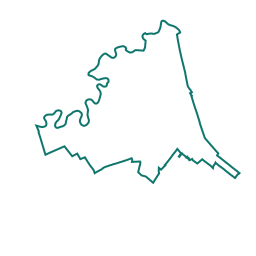 the district of Filipesti, Bacau, Romania, rotated 248°
{"feature_id": "2599482B19318854106378", "entity_name": "Filipesti", "entity_type": "district", "adm_level": 2, "iso_a3": "ROU", "parent_name": "Romania", "parent_adm1": "Bacau", "projection": "orthographic", "projection_center": [26.901, 46.775], "detail": "fine", "context": "isolated", "style": "outline", "palette": "teal", "viewbox_px": 256, "rotation_deg": 248, "n_neighbors": 0, "source": "geoboundaries", "source_scale": "gbopen_adm2", "svg_char_len": 5808}
<svg xmlns="http://www.w3.org/2000/svg" viewBox="0 0 256 256"><g transform="rotate(248 128 128)"><path d="M197.0,212.1L198.2,212.2L199.9,211.9L202.0,210.9L203.9,209.7L205.8,208.0L207.5,205.7L208.8,204.4L210.1,203.6L211.2,203.2L212.2,202.6L213.2,202.2L214.5,200.5L214.5,199.5L214.1,198.8L211.2,197.0L209.4,195.9L207.9,194.6L206.6,193.3L205.7,192.3L205.4,191.1L205.4,189.5L205.4,188.0L205.8,186.7L206.7,185.5L207.6,182.7L207.8,181.3L208.0,180.5L208.5,179.9L209.5,179.5L209.5,179.0L209.3,177.8L208.9,176.9L208.3,176.2L207.4,175.7L206.5,175.5L205.4,175.6L204.2,176.0L202.4,177.1L196.2,173.9L193.9,171.4L195.1,168.9L196.2,166.7L197.1,164.8L197.4,163.7L197.2,163.0L196.9,161.7L196.8,160.9L196.7,160.1L196.8,159.5L197.1,158.5L197.5,157.8L198.2,157.1L199.4,156.2L200.4,155.6L201.1,155.3L201.6,155.3L201.9,155.5L202.2,156.0L202.3,156.1L202.8,156.1L203.5,156.0L204.1,155.7L205.0,155.0L205.6,154.4L205.7,154.1L206.1,152.5L206.6,149.1L206.6,148.5L206.4,146.5L206.1,145.8L205.9,145.5L205.5,145.3L204.4,145.0L201.3,144.8L200.3,144.5L199.8,144.1L199.2,143.5L198.7,142.4L198.5,141.7L198.5,140.8L198.7,140.3L199.0,139.7L199.4,139.2L200.7,138.3L201.5,137.9L202.2,137.3L203.1,136.8L205.2,135.4L205.4,135.0L205.7,134.0L205.6,133.4L205.4,132.5L204.9,131.1L204.7,130.6L203.4,128.4L203.0,127.8L201.8,126.7L200.7,126.0L198.7,124.9L197.8,124.0L197.2,123.4L196.9,122.8L195.3,119.6L195.1,118.5L195.0,117.6L194.9,116.9L194.9,115.5L194.8,114.9L194.6,114.2L194.4,113.7L194.3,113.2L193.8,112.2L192.7,111.5L192.1,111.3L191.8,111.3L191.3,111.8L190.5,112.8L189.5,114.0L188.2,115.1L186.5,116.2L185.0,117.0L184.4,117.7L183.7,119.0L183.6,119.4L183.6,119.9L183.5,120.6L183.4,122.1L183.4,122.6L182.6,126.1L181.9,127.1L181.5,127.5L181.2,127.7L180.3,127.9L179.5,127.8L178.2,127.2L177.8,126.8L177.5,125.9L177.1,125.2L176.8,124.9L176.1,124.7L175.4,124.2L174.9,123.5L174.8,123.2L175.1,121.8L175.3,121.4L175.7,120.7L176.3,120.2L177.4,119.6L178.3,119.0L178.8,118.6L179.0,118.3L179.3,117.6L179.4,116.8L179.4,116.4L179.3,116.1L178.8,115.4L178.4,115.0L178.1,114.9L176.8,114.9L175.8,115.0L174.8,115.4L173.9,115.6L173.1,115.8L172.5,115.9L171.8,115.9L170.1,115.6L169.5,115.3L169.0,115.0L166.8,113.3L165.7,112.5L164.4,111.4L163.2,110.1L162.9,109.6L162.6,109.0L162.5,108.4L162.5,107.8L162.8,107.1L163.2,106.6L164.3,106.0L166.1,105.5L166.9,105.2L167.9,104.6L168.4,104.1L168.7,103.7L169.1,102.8L169.2,102.3L169.3,101.7L169.3,100.9L169.2,100.3L168.9,99.6L168.3,98.8L168.1,98.6L167.6,98.2L166.6,97.9L164.5,98.0L162.3,97.9L161.1,97.9L159.8,97.7L159.2,97.5L158.4,97.0L155.8,95.6L155.1,95.3L153.3,95.0L150.6,94.8L150.0,94.7L149.6,94.6L148.7,94.1L148.1,93.7L147.6,93.0L146.9,91.8L146.4,90.5L146.3,89.0L146.4,88.3L146.7,87.8L147.2,87.1L147.9,86.4L148.7,86.0L151.0,85.7L152.1,85.9L153.0,86.2L153.7,86.7L155.6,88.6L156.6,89.6L157.1,89.9L157.5,90.2L158.4,90.4L159.3,90.4L161.3,89.4L161.9,88.9L162.5,88.3L162.8,87.8L163.0,87.2L163.3,85.3L163.3,84.1L163.3,83.4L163.2,82.9L162.7,81.6L162.2,79.7L161.9,77.4L161.5,76.4L161.1,75.7L160.7,75.3L159.2,74.5L157.2,72.9L155.3,71.8L154.8,71.0L154.2,69.4L154.0,68.0L154.2,67.5L154.3,66.7L154.4,63.3L154.6,62.5L154.9,62.0L155.1,61.7L155.4,61.5L156.2,61.2L157.0,61.2L157.3,61.2L158.9,62.1L159.3,62.2L160.6,64.1L161.6,66.4L162.2,67.4L162.7,68.0L162.9,68.2L163.2,68.4L165.0,70.4L166.4,71.7L166.7,71.9L167.5,72.2L167.8,72.2L168.5,72.2L169.0,72.0L169.3,71.7L169.8,71.1L170.2,70.5L170.5,69.9L170.7,68.9L170.6,67.4L170.3,66.9L169.7,66.0L168.8,63.9L168.7,63.4L168.9,62.5L170.0,60.0L170.5,58.4L170.5,58.2L170.6,57.4L170.5,56.7L170.1,55.5L169.7,54.7L169.5,54.4L169.1,54.1L168.6,53.9L167.1,54.0L165.3,54.4L164.5,54.4L163.2,54.2L162.1,53.8L161.6,53.5L161.1,52.9L160.7,52.4L160.6,52.1L160.6,51.0L160.7,50.2L160.9,49.1L161.2,48.5L161.8,47.5L162.7,46.2L164.5,43.9L159.7,44.0L158.6,44.1L158.2,44.0L157.7,43.5L152.1,43.1L137.2,41.7L134.1,41.5L134.3,44.4L134.6,54.5L134.8,62.2L122.7,65.7L123.3,71.3L117.0,72.2L117.0,77.0L115.9,77.1L115.9,77.3L113.7,77.6L107.5,78.8L106.4,79.1L104.1,79.8L102.1,80.3L101.4,80.4L98.6,80.2L99.0,82.7L99.6,88.2L100.2,89.9L100.4,91.4L100.4,92.9L100.2,95.4L100.3,95.8L100.0,98.9L99.9,101.0L99.6,103.3L99.1,109.8L99.0,111.2L98.8,113.7L98.6,118.4L98.6,120.0L97.8,120.1L97.4,120.1L96.3,119.7L95.5,119.3L95.1,119.0L92.4,126.6L92.0,126.7L91.4,126.6L89.8,125.6L89.1,125.3L88.4,124.4L88.0,124.2L87.1,123.7L83.3,120.9L79.7,122.5L79.0,122.8L78.6,123.3L76.7,125.9L76.1,126.5L67.8,130.8L73.6,138.8L74.0,139.6L74.3,139.8L75.0,140.0L76.2,140.2L79.5,141.7L77.0,143.0L79.4,148.6L79.9,148.3L81.3,151.1L84.7,156.9L86.4,159.5L88.3,163.0L90.1,165.9L84.5,167.7L82.6,164.5L82.1,164.8L84.3,168.5L84.1,168.6L83.6,168.7L80.3,170.6L79.8,170.6L79.6,171.0L79.3,171.1L79.2,171.4L79.2,171.8L78.7,171.5L78.7,172.1L78.2,172.0L78.0,172.4L77.8,172.6L77.7,172.4L77.4,172.9L77.1,172.8L76.9,172.4L76.7,172.4L76.4,173.1L76.1,173.1L75.8,172.9L75.2,172.8L75.1,173.5L75.3,175.9L73.7,176.1L72.2,177.0L69.1,179.0L71.2,185.1L68.0,186.8L67.2,187.4L64.7,188.8L63.2,189.8L61.1,190.9L59.1,191.7L59.5,191.9L59.7,192.2L60.2,192.4L61.4,193.9L61.7,194.3L61.7,194.5L61.8,194.8L63.1,196.2L62.6,196.3L61.1,197.1L58.8,198.4L58.2,198.6L57.3,199.4L53.1,201.9L52.3,202.2L49.4,203.9L46.7,205.4L44.6,206.7L41.5,208.5L41.9,209.3L42.4,209.7L42.7,210.1L42.8,210.7L44.0,212.4L44.0,212.7L43.9,213.0L43.9,213.4L44.4,214.5L46.3,213.4L48.8,212.0L49.7,211.4L50.5,211.0L53.6,209.2L57.3,207.2L58.1,206.7L58.4,206.4L59.1,206.2L59.5,205.8L62.9,204.0L63.3,203.7L64.3,203.2L69.2,200.3L69.6,200.8L70.4,202.0L71.2,202.0L71.5,202.0L72.1,201.6L78.7,199.3L84.8,197.2L85.8,196.9L89.7,195.5L99.7,196.0L105.8,196.4L106.1,196.6L115.5,197.4L120.7,197.7L124.1,197.9L134.1,198.8L134.1,199.3L137.0,198.6L137.2,200.6L140.0,200.1L140.8,199.8L143.9,199.1L145.1,199.2L150.4,200.2L156.1,201.3L157.5,201.7L171.7,203.7L179.8,205.0L190.0,207.0L196.4,208.4L197.0,212.1Z" fill="none" stroke="#0f766e" stroke-width="2"/></g></svg>